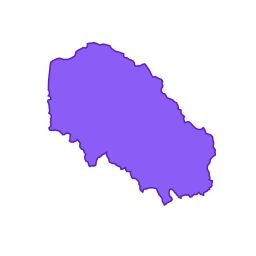 the district of Antonina, Paraná, Brazil, rotated 136°
{"feature_id": "56859067B44951907355008", "entity_name": "Antonina", "entity_type": "district", "adm_level": 2, "iso_a3": "BRA", "parent_name": "Brazil", "parent_adm1": "Paraná", "projection": "natural_earth1", "projection_center": [-48.714, -25.296], "detail": "fine", "context": "isolated", "style": "filled", "palette": "violet", "viewbox_px": 256, "rotation_deg": 136, "n_neighbors": 0, "source": "geoboundaries", "source_scale": "gbopen_adm2", "svg_char_len": 3416}
<svg xmlns="http://www.w3.org/2000/svg" viewBox="0 0 256 256"><g transform="rotate(136 128 128)"><path d="M155.3,47.4L153.6,46.8L152.4,47.2L150.8,46.5L147.3,45.5L145.8,46.0L145.0,47.9L145.4,49.3L144.1,52.2L142.9,53.6L140.4,54.8L139.1,53.4L138.7,50.9L139.2,49.2L138.9,47.8L139.4,45.6L139.2,44.0L139.6,42.7L138.6,40.7L137.2,42.1L135.8,41.3L133.3,40.3L132.4,38.8L131.0,38.3L131.3,35.1L129.7,34.3L127.0,34.4L124.5,32.4L121.7,32.3L121.9,29.8L121.0,28.6L120.4,27.1L118.4,28.8L116.4,28.2L115.2,27.7L113.1,27.9L112.0,27.1L111.1,28.4L108.9,27.9L107.7,28.2L106.8,29.4L104.0,31.4L105.6,34.2L103.6,35.4L102.5,37.5L100.5,39.8L99.7,43.0L98.8,44.3L97.9,45.1L95.6,46.0L94.4,46.0L93.1,46.3L90.8,48.2L87.0,48.5L84.0,48.0L83.0,48.8L82.3,50.2L80.4,51.7L79.9,55.2L76.6,57.9L75.4,60.2L73.3,62.9L73.4,65.8L75.7,69.9L73.6,74.5L73.7,76.1L76.0,76.0L78.2,77.7L79.0,79.3L79.6,81.5L79.7,89.7L80.7,91.0L83.6,92.5L82.2,94.8L81.5,96.2L79.4,97.0L79.9,99.4L79.7,101.6L78.7,102.9L77.5,103.8L77.9,105.2L78.8,107.2L77.3,108.0L76.5,109.7L75.6,112.2L76.5,114.8L76.2,116.6L76.9,118.6L77.8,120.1L78.9,122.9L78.4,124.2L77.8,127.0L78.9,128.6L78.6,131.7L76.3,133.2L74.8,133.4L73.5,134.4L73.1,135.7L72.2,136.7L70.7,137.4L70.3,139.9L71.0,141.3L71.8,143.1L72.4,145.6L74.6,147.1L74.5,148.8L74.0,150.4L73.5,151.8L72.9,153.7L72.4,155.4L72.1,157.6L71.7,159.5L71.4,162.4L73.3,163.6L74.9,163.9L76.0,164.5L77.0,165.4L78.7,166.3L79.8,167.5L79.0,169.3L78.3,170.3L77.9,172.5L78.5,174.8L79.4,175.8L79.6,177.7L80.0,179.3L80.8,180.3L81.8,181.6L81.0,183.0L79.5,184.5L80.8,186.5L81.4,188.2L83.0,190.8L83.8,192.0L84.1,193.6L84.4,195.1L84.7,196.9L84.0,199.6L84.7,200.9L86.1,203.3L87.3,205.3L88.5,206.1L90.6,207.2L91.2,208.5L91.7,210.0L92.2,211.4L93.5,213.3L95.2,214.2L96.9,215.8L98.6,216.8L100.4,215.2L101.5,214.5L102.9,215.0L104.4,217.1L106.0,217.3L107.9,218.0L110.8,218.8L112.7,218.8L114.6,217.6L116.2,216.8L119.6,217.5L120.8,218.0L123.5,219.0L126.8,222.2L127.8,224.1L128.9,225.9L130.8,227.0L135.2,228.6L137.7,228.9L139.2,228.1L152.5,216.9L158.8,210.8L159.3,208.8L161.2,206.8L163.0,206.5L162.2,205.2L162.6,203.5L163.6,202.3L166.3,203.6L167.6,202.3L168.1,200.7L168.8,199.3L169.9,198.2L170.6,197.1L171.7,195.8L172.6,194.5L174.6,193.8L174.3,191.3L174.8,190.1L175.9,188.9L177.2,188.6L178.1,187.0L179.5,186.2L180.8,184.3L182.4,182.9L184.9,182.9L185.7,180.7L184.4,179.3L183.5,178.1L182.0,177.4L180.6,175.3L179.7,173.9L179.4,170.3L179.5,168.3L178.4,167.5L177.1,167.2L175.7,167.0L174.3,165.1L173.9,163.1L175.2,162.5L177.4,160.2L179.1,159.5L178.8,157.6L177.3,156.0L175.4,155.2L174.2,154.7L172.6,155.0L172.8,152.3L172.9,150.2L174.0,149.6L175.7,148.0L176.1,145.1L175.2,143.2L176.4,140.7L176.8,138.4L178.0,137.9L179.3,137.1L180.6,135.4L181.2,133.4L180.4,131.3L181.5,129.5L182.2,128.1L182.0,126.6L180.7,126.3L179.1,124.5L177.3,123.6L175.0,125.2L173.3,126.5L170.4,127.6L168.7,126.7L166.1,126.5L164.7,126.5L163.3,125.9L160.4,125.3L161.8,124.0L163.0,121.4L163.2,119.5L165.0,116.4L164.3,114.4L163.4,112.8L162.4,112.0L162.3,110.2L161.9,108.2L161.3,106.7L160.5,105.3L161.7,103.2L160.7,102.3L157.3,101.2L158.5,99.9L159.1,97.7L156.6,94.8L158.1,93.1L159.4,90.5L159.7,88.7L158.3,87.4L157.6,85.6L157.4,83.5L158.0,80.9L159.2,80.0L159.4,78.5L160.7,76.8L161.8,75.8L162.3,73.5L161.9,71.7L159.2,73.1L156.9,71.2L155.1,70.7L153.9,69.8L152.1,68.3L150.8,66.4L149.6,64.4L150.8,62.2L151.3,60.1L152.0,58.5L152.0,56.3L152.5,53.4L154.1,51.5L155.3,47.4Z" fill="#8b5cf6" stroke="#5b21b6" stroke-width="1.5"/></g></svg>